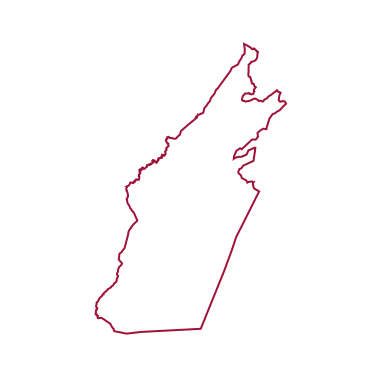 Asuogyaman, Eastern, Ghana, rotated 199°
{"feature_id": "2480657B37277876999120", "entity_name": "Asuogyaman", "entity_type": "district", "adm_level": 2, "iso_a3": "GHA", "parent_name": "Ghana", "parent_adm1": "Eastern", "projection": "equal_earth", "projection_center": [0.144, 6.363], "detail": "fine", "context": "isolated", "style": "outline", "palette": "rose", "viewbox_px": 384, "rotation_deg": 199, "n_neighbors": 0, "source": "geoboundaries", "source_scale": "gbopen_adm2", "svg_char_len": 5994}
<svg xmlns="http://www.w3.org/2000/svg" viewBox="0 0 384 384"><g transform="rotate(199 192 192)"><path d="M251.5,164.0L251.3,163.6L250.6,163.2L250.2,161.9L249.7,161.0L248.3,159.6L247.5,159.3L244.8,156.3L243.7,155.9L242.9,154.9L240.2,153.5L234.4,147.2L234.8,146.2L237.0,142.0L238.9,135.5L239.0,133.9L239.1,133.6L238.6,131.6L237.5,116.7L238.6,114.1L239.0,112.2L240.3,110.4L240.5,109.9L239.8,107.0L239.5,106.3L239.5,105.1L239.4,104.6L239.0,104.2L238.4,104.0L238.0,103.4L235.3,102.1L234.9,101.6L234.9,101.0L235.3,99.5L236.5,97.2L236.6,95.3L236.6,94.4L236.1,92.7L236.3,90.6L236.1,89.8L235.2,88.6L234.5,88.5L234.8,85.1L234.7,84.6L234.3,83.5L234.6,82.9L234.5,82.4L234.9,81.4L235.7,80.7L236.1,78.4L236.4,77.8L237.3,76.7L237.4,75.8L239.1,73.5L239.8,72.9L239.9,72.5L240.1,72.3L240.3,71.4L241.4,69.3L242.2,68.2L242.5,67.1L242.3,66.4L242.9,66.2L243.2,65.8L243.4,64.0L244.4,62.6L244.6,61.8L245.0,61.2L245.2,60.3L245.1,58.3L246.2,56.5L246.2,56.2L245.7,55.5L245.7,54.1L245.5,52.7L245.2,52.2L243.7,51.3L244.2,49.8L244.2,49.6L243.7,49.4L243.8,48.9L244.1,48.6L244.2,48.1L243.6,46.7L243.4,45.2L242.4,45.3L242.2,44.4L241.5,44.1L241.2,44.3L240.9,43.9L240.6,44.0L240.6,43.0L240.2,42.7L240.0,42.2L239.4,42.1L238.1,43.0L237.7,43.0L237.3,43.4L236.5,43.5L233.2,42.7L226.4,40.8L223.1,37.8L221.6,37.1L221.2,36.6L221.1,36.0L220.2,35.1L207.7,36.8L194.6,43.1L139.2,65.5L135.9,127.8L135.4,150.2L135.6,163.6L133.9,175.8L128.7,214.4L134.2,215.5L135.8,217.0L136.1,218.1L136.8,218.8L137.2,220.1L137.0,221.2L137.4,220.9L138.4,221.5L138.8,221.5L142.2,219.7L142.7,219.0L143.0,219.5L144.3,220.4L145.1,220.8L149.5,221.4L150.6,223.1L151.6,224.0L153.9,224.7L154.7,225.8L154.8,228.9L153.0,230.5L152.2,233.6L144.0,241.4L145.9,252.0L146.1,252.2L146.1,252.8L146.4,253.2L146.4,254.3L147.0,254.4L152.1,249.8L152.6,245.1L154.7,243.2L155.0,243.2L156.1,241.8L156.7,241.5L159.4,240.4L160.0,239.8L161.2,239.3L162.2,238.5L162.7,237.6L163.3,237.6L163.4,237.4L163.9,239.6L163.4,245.3L163.0,246.0L160.8,249.0L158.9,248.6L152.3,261.2L148.8,262.3L147.6,265.8L149.3,269.2L147.6,272.3L145.2,275.1L142.1,275.6L142.4,277.9L142.7,287.1L142.1,288.4L141.3,291.6L140.9,292.2L139.5,293.1L137.3,296.3L135.6,297.9L135.3,299.2L134.2,301.0L134.0,301.9L131.8,306.1L133.6,307.8L135.9,307.5L138.0,306.0L139.9,307.1L140.8,311.4L140.6,314.8L142.9,314.9L143.8,315.1L144.6,315.9L145.0,315.8L145.7,314.1L146.5,313.3L148.9,309.5L150.8,307.3L151.6,305.0L152.0,304.5L153.6,303.1L154.1,301.1L154.4,300.7L155.0,300.5L156.7,300.7L158.2,299.8L160.3,300.6L163.1,300.9L167.2,297.0L170.9,294.9L171.6,295.0L172.1,295.3L173.4,294.7L174.5,295.1L174.9,295.7L175.2,299.2L173.7,302.6L172.4,302.9L171.2,303.4L170.7,304.0L169.6,303.5L169.1,304.0L168.5,303.6L167.3,303.8L166.7,304.1L166.2,304.5L165.8,307.2L166.3,307.4L166.5,308.4L166.7,308.7L166.8,308.9L166.5,309.3L166.4,310.2L165.8,311.8L166.4,311.9L166.8,312.2L167.3,312.2L168.6,314.1L169.7,314.5L170.2,314.1L170.7,314.1L171.4,315.2L171.9,316.5L172.8,317.2L173.4,318.4L174.2,319.4L174.7,319.8L175.7,319.6L176.3,319.9L177.3,322.4L177.6,324.1L178.6,326.6L178.9,327.9L179.4,329.6L179.9,330.4L179.7,331.2L178.6,332.8L178.5,333.4L178.7,333.8L178.6,334.0L177.3,335.1L176.0,335.8L174.7,337.6L174.3,339.0L174.2,340.5L174.9,343.1L175.2,345.8L175.8,346.0L176.4,345.8L176.6,345.9L176.9,346.6L178.7,347.2L179.6,347.9L180.5,347.7L180.6,347.0L181.8,346.6L183.0,347.4L184.2,347.8L187.6,348.5L191.0,348.9L188.5,344.0L187.3,339.7L188.1,338.2L188.8,337.5L188.8,334.5L189.1,333.6L189.3,333.3L190.0,329.2L190.0,327.6L194.6,322.7L195.0,320.9L195.1,318.8L201.7,297.5L202.2,297.3L202.4,297.0L202.7,294.3L202.8,292.1L204.7,287.2L204.7,283.4L205.5,281.8L206.6,277.8L207.6,275.3L207.2,270.5L207.7,269.8L208.2,269.6L208.6,269.2L209.2,268.9L209.2,268.6L209.7,268.3L210.5,267.4L211.1,267.2L211.7,267.1L211.6,265.5L211.7,265.1L211.8,265.1L211.7,264.8L212.2,264.5L212.0,264.3L212.5,264.0L212.3,263.7L212.5,263.4L212.2,263.3L212.4,263.1L212.3,262.9L217.7,254.1L222.3,246.1L222.1,242.3L223.4,240.1L223.8,239.0L224.4,237.7L225.0,237.0L225.8,236.7L227.3,236.4L229.1,236.5L230.3,235.9L230.8,235.9L231.8,236.1L231.8,236.4L232.1,236.5L232.5,236.0L233.2,235.8L233.1,235.4L233.2,234.9L232.8,234.2L233.2,233.8L233.3,233.0L233.6,232.9L233.5,232.4L232.9,231.4L232.0,230.9L231.1,229.9L230.4,230.2L230.1,230.1L229.6,228.3L229.1,228.0L229.2,227.4L229.8,226.9L230.1,225.8L230.6,225.2L230.1,224.1L230.1,223.8L229.8,223.6L229.9,223.4L230.2,223.3L230.1,222.5L230.7,221.2L229.9,220.5L229.3,219.5L229.7,218.3L229.7,217.7L229.9,217.4L230.5,217.9L232.4,217.5L232.2,216.7L232.5,216.2L232.5,215.1L232.2,215.0L231.6,215.3L231.6,214.5L232.2,214.1L232.7,214.0L233.1,213.6L234.2,213.4L234.5,213.1L234.7,212.6L234.3,212.4L234.1,211.9L234.7,211.5L234.6,211.0L234.3,210.7L234.8,209.7L234.6,209.1L234.9,208.2L235.3,208.0L235.7,208.6L236.1,208.9L236.6,208.6L236.7,209.0L237.2,209.0L237.8,209.6L238.3,209.4L238.8,209.6L239.3,209.5L239.7,208.8L239.7,208.3L239.4,207.9L239.4,208.8L239.0,208.9L238.8,208.2L239.1,208.1L239.1,207.9L238.6,207.3L238.5,207.1L239.0,206.8L239.2,205.8L240.0,204.5L240.2,204.4L240.3,204.5L239.8,205.6L240.9,204.9L241.1,204.4L241.1,203.7L242.0,203.7L242.7,202.9L243.3,202.6L242.8,201.5L243.2,201.1L243.1,200.7L243.7,200.0L244.0,199.1L244.5,198.7L244.8,198.2L245.2,198.2L246.1,199.0L246.6,199.1L247.1,198.6L247.0,198.0L246.7,196.9L247.1,196.1L247.3,196.1L248.0,196.6L248.4,196.7L248.9,196.1L248.9,195.6L248.8,195.3L247.4,194.1L247.5,193.7L247.8,193.9L248.0,193.8L247.7,193.3L247.2,193.4L247.0,193.0L247.0,192.8L247.3,192.8L247.5,192.5L247.8,191.3L247.4,190.3L247.4,189.5L246.9,189.4L246.5,188.6L246.2,186.8L246.3,186.2L247.0,186.2L248.1,185.6L248.4,185.9L249.0,185.7L249.4,184.9L249.2,184.0L249.5,183.7L249.5,183.2L250.0,183.4L250.4,182.9L250.2,181.8L250.3,181.5L251.2,181.2L251.7,181.4L252.6,180.9L253.1,180.9L253.5,180.7L253.4,179.9L253.5,179.2L253.8,177.6L255.3,176.2L255.1,176.2L255.0,175.4L255.2,175.0L255.3,173.6L254.6,172.7L254.5,172.1L254.1,172.1L251.9,169.0L251.1,167.3L251.1,166.9L251.3,166.5L251.1,165.7L251.5,164.0Z" fill="none" stroke="#9f1239" stroke-width="2"/></g></svg>